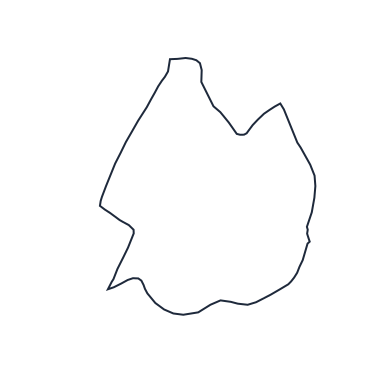 San Rafael Pie de la Cuesta, San Marcos, Guatemala, rotated 332°
{"feature_id": "79465075B609636359228", "entity_name": "San Rafael Pie de la Cuesta", "entity_type": "district", "adm_level": 2, "iso_a3": "GTM", "parent_name": "Guatemala", "parent_adm1": "San Marcos", "projection": "albers", "projection_center": [-91.914, 14.933], "detail": "fine", "context": "isolated", "style": "outline", "palette": "slate", "viewbox_px": 384, "rotation_deg": 332, "n_neighbors": 0, "source": "geoboundaries", "source_scale": "gbopen_adm2", "svg_char_len": 1306}
<svg xmlns="http://www.w3.org/2000/svg" viewBox="0 0 384 384"><g transform="rotate(332 192 192)"><path d="M72.1,238.4L78.2,239.4L86.5,239.6L93.9,239.5L99.4,240.4L104.0,243.1L105.7,246.5L105.6,251.3L105.0,255.4L105.0,258.7L105.0,260.6L107.5,272.8L112.2,282.6L118.5,290.5L126.7,296.3L141.0,301.2L155.3,300.2L166.3,301.1L174.7,307.2L180.0,312.1L188.2,317.7L196.8,319.4L203.5,319.5L213.3,319.6L223.8,319.2L233.7,318.7L237.5,317.5L242.0,315.5L246.9,312.7L251.8,308.5L257.8,304.1L269.8,291.8L272.6,291.1L273.7,284.8L274.1,282.8L276.5,279.6L277.1,276.7L288.2,266.2L297.3,254.6L303.7,244.7L307.9,235.1L309.2,223.4L308.8,203.8L308.2,197.8L311.9,162.2L311.5,155.3L305.1,155.4L299.3,155.9L292.3,156.7L284.1,159.0L277.0,161.4L271.5,164.0L267.8,165.8L264.8,165.8L261.3,164.0L258.8,161.7L257.1,147.9L254.5,134.8L251.2,126.4L251.9,99.2L257.8,88.9L259.5,82.0L257.7,77.7L254.4,74.3L249.3,70.7L241.8,67.7L234.9,64.4L227.4,74.3L222.1,77.6L217.7,79.6L211.8,82.8L205.7,86.9L199.1,91.1L191.9,95.9L178.0,103.7L166.6,110.9L157.0,116.9L147.4,123.9L137.5,130.8L119.0,146.3L110.1,154.1L107.2,157.0L104.2,161.0L106.8,166.6L109.9,172.2L114.9,182.7L116.9,185.9L120.7,191.6L122.7,197.9L121.1,201.2L114.1,207.1L109.5,211.0L100.7,217.4L90.1,224.9L81.7,232.1L79.0,233.6L72.1,238.4Z" fill="none" stroke="#1e293b" stroke-width="2"/></g></svg>